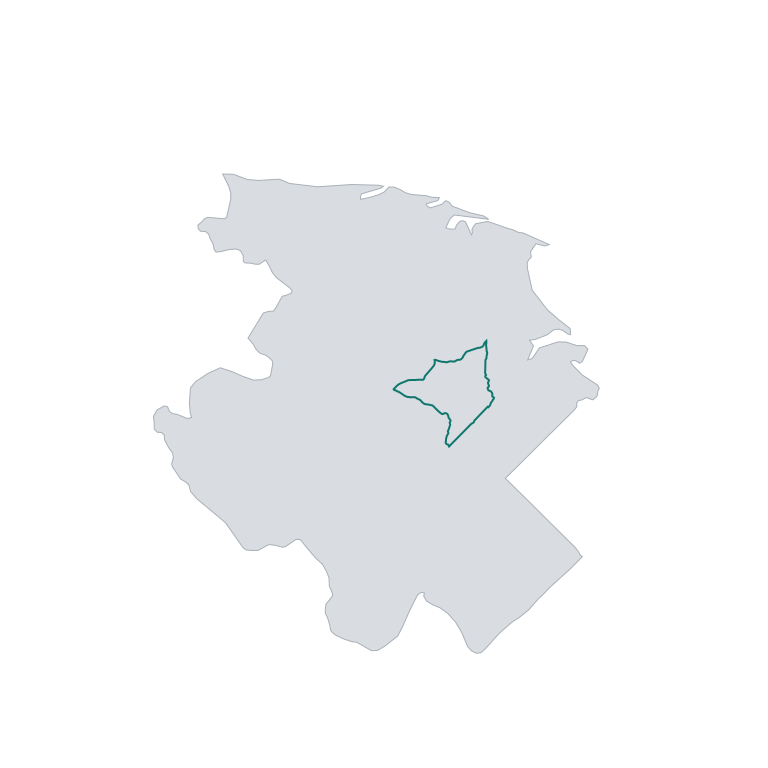 location of Abanga-Bignè, Moyen-Ogooué, Gabon, rotated 135°
{"feature_id": "22940354B65697742744176", "entity_name": "Abanga-Bignè", "entity_type": "district", "adm_level": 2, "iso_a3": "GAB", "parent_name": "Gabon", "parent_adm1": "Moyen-Ogooué", "projection": "robinson", "projection_center": [10.966, -0.21], "detail": "fine", "context": "in_parent", "style": "outline", "palette": "teal", "viewbox_px": 768, "rotation_deg": 135, "n_neighbors": 0, "source": "geoboundaries", "source_scale": "gbopen_adm2", "svg_char_len": 6396}
<svg xmlns="http://www.w3.org/2000/svg" viewBox="0 0 768 768"><g transform="rotate(135 384 384)"><path d="M510.8,133.4L510.5,139.3L504.6,153.7L501.8,164.9L501.1,176.7L502.7,186.3L505.6,193.1L507.4,200.5L506.0,205.7L503.1,207.9L505.1,210.5L509.4,211.1L516.7,208.8L528.0,204.9L542.7,199.2L552.4,196.1L568.4,198.0L577.0,200.2L581.4,204.2L586.1,221.2L588.5,223.8L592.3,231.1L595.6,239.8L596.3,244.2L595.9,247.4L592.7,252.1L589.0,259.0L587.7,263.2L584.7,266.3L580.8,269.3L570.1,270.6L568.5,272.4L565.5,279.8L559.8,286.0L557.3,291.9L555.0,299.8L555.4,309.5L554.3,323.5L553.2,333.0L556.0,336.3L568.8,338.7L571.3,340.5L574.6,346.4L579.0,351.9L590.7,355.4L595.2,359.7L598.9,364.3L599.4,368.1L596.7,383.3L594.2,397.9L595.1,409.1L596.1,419.7L597.5,435.2L596.8,444.6L593.5,450.4L593.5,454.9L595.0,460.4L592.1,475.4L590.2,478.0L585.0,480.8L582.2,484.8L581.3,491.2L578.5,499.9L575.6,503.1L575.6,507.1L578.4,510.1L578.3,514.6L573.1,520.0L570.0,524.1L563.0,526.1L555.0,524.0L553.1,521.0L555.1,516.3L554.4,512.6L551.7,508.7L547.4,498.5L543.6,496.4L541.5,500.5L535.0,508.2L523.6,518.1L515.6,518.9L500.7,515.9L488.3,511.2L482.5,499.6L478.8,490.1L473.6,479.0L467.6,473.7L461.2,470.3L458.4,470.1L449.3,476.3L446.6,478.7L446.6,483.9L447.5,488.7L448.9,491.1L450.1,494.2L449.9,499.0L448.2,505.4L447.7,512.6L419.2,519.5L414.3,517.0L410.7,513.8L406.4,514.4L394.0,518.0L389.5,515.5L385.0,513.6L382.9,515.2L382.7,518.2L384.8,535.0L384.2,541.4L381.4,549.7L379.9,555.4L387.5,556.9L390.2,559.6L392.9,563.8L396.5,567.7L396.8,570.1L392.6,574.5L391.2,579.9L393.2,584.1L398.3,588.5L405.8,593.0L409.5,596.0L409.1,598.8L405.6,604.6L404.3,609.5L401.9,614.0L402.4,618.1L405.8,621.9L405.4,625.4L403.1,628.0L398.5,627.4L394.5,627.8L391.0,626.7L379.9,613.5L377.4,613.1L361.3,623.3L357.3,627.5L354.0,633.5L349.6,646.5L342.3,638.9L335.9,625.0L328.6,616.5L313.1,602.7L309.0,592.6L291.3,570.2L265.8,547.9L247.4,528.5L244.6,524.2L247.7,524.7L265.5,534.4L267.9,533.3L270.0,531.1L262.3,526.1L255.0,522.1L248.1,519.6L241.2,519.8L237.4,515.7L234.9,509.5L233.6,504.1L230.5,498.5L220.8,487.0L218.4,482.6L213.1,476.5L216.3,475.7L226.8,481.5L227.7,479.2L226.8,475.8L216.3,470.3L210.6,469.9L209.3,466.1L210.0,461.6L202.5,444.8L194.7,432.3L193.5,426.4L214.6,453.6L217.4,454.1L221.1,453.9L229.8,450.8L228.1,447.2L224.2,443.3L220.4,445.0L215.4,445.4L212.8,443.8L211.7,441.0L216.6,427.7L214.5,428.4L212.9,430.8L210.2,431.9L206.0,432.6L195.6,425.5L186.4,406.3L184.0,402.4L181.6,395.7L179.1,393.0L168.6,365.8L172.6,367.8L177.4,375.7L186.7,374.0L190.4,369.4L193.6,369.6L196.8,368.6L200.9,364.3L212.9,345.5L216.0,320.8L215.0,306.1L213.2,291.5L217.2,286.9L218.8,289.9L219.5,295.1L221.4,298.9L225.6,302.4L233.6,303.3L245.8,308.7L250.1,312.1L251.3,305.3L265.4,299.4L261.2,297.3L248.6,299.6L231.5,290.9L225.8,285.3L220.5,274.8L215.0,269.3L215.3,264.3L227.7,259.7L230.9,260.3L232.2,265.7L235.6,267.9L236.8,267.2L237.4,262.5L237.4,250.1L233.7,232.2L234.8,228.7L238.2,227.5L241.2,225.1L243.3,224.7L247.5,225.1L249.6,229.3L250.7,231.5L254.9,232.6L258.4,234.8L261.3,234.2L263.8,231.6L267.4,231.1L278.7,231.1L288.8,231.2L309.1,231.3L329.3,231.3L349.6,231.4L364.9,231.5L364.8,221.2L364.7,205.5L364.6,186.8L364.6,169.0L364.5,152.4L364.4,132.9L365.2,127.3L366.2,124.9L365.8,121.7L381.5,121.5L409.9,122.9L422.3,122.7L425.8,123.0L441.3,122.0L453.9,123.3L459.2,124.6L464.0,125.3L479.1,126.2L498.7,125.1L505.3,125.4L509.0,128.1L510.8,133.4Z" fill="#d9dde1" stroke="#a8b0b8" stroke-width="1"/><path d="M281.2,342.1L282.3,342.1L284.2,341.9L285.3,341.4L286.2,341.0L287.2,340.8L287.9,340.8L288.7,341.1L289.4,341.3L290.4,341.8L291.4,342.5L292.2,343.2L295.8,345.0L299.0,346.6L301.4,347.7L302.3,348.3L303.2,348.4L304.1,348.4L305.0,348.2L306.9,347.9L308.2,347.7L309.1,347.2L310.0,347.1L311.7,347.0L312.6,347.2L313.2,347.5L314.8,348.9L315.8,349.4L317.2,349.7L318.2,350.0L318.5,350.3L319.3,351.1L320.3,352.3L321.0,353.1L321.5,353.5L322.0,353.8L323.0,354.3L324.2,354.9L324.8,355.5L325.4,356.6L326.7,358.0L327.9,359.7L328.9,361.3L329.6,362.6L330.0,363.7L330.7,364.9L331.2,365.3L331.8,364.6L332.4,363.8L333.2,363.0L334.2,362.3L336.1,361.7L339.9,361.3L347.3,360.8L348.8,360.7L349.9,360.5L350.7,360.0L351.5,359.6L352.4,359.3L353.6,359.5L354.5,360.5L355.7,361.7L357.3,363.3L359.1,364.7L360.1,365.8L361.7,367.4L363.5,368.9L364.1,369.6L366.3,370.4L368.9,371.5L372.0,372.8L374.1,373.4L375.9,373.6L378.7,373.6L380.9,373.5L381.0,373.3L380.9,372.1L380.5,371.7L380.2,371.3L380.1,370.6L379.9,369.5L379.2,368.3L378.8,366.7L378.4,364.9L378.1,363.1L377.8,361.3L377.2,359.6L376.4,358.0L375.3,356.9L375.0,356.1L374.4,355.5L373.4,354.8L372.5,353.8L371.5,352.8L371.1,351.7L370.9,350.5L370.4,348.9L369.9,347.8L369.7,346.7L369.8,345.7L369.9,344.7L369.8,343.3L369.6,341.8L369.2,340.6L368.4,339.8L367.8,338.8L366.5,337.3L365.9,336.0L365.2,335.1L364.9,334.6L364.8,333.4L364.8,331.4L364.8,327.9L364.7,324.8L364.4,322.8L364.2,321.8L363.8,321.2L363.3,321.0L362.2,320.7L361.5,320.3L360.9,319.7L360.6,318.8L360.4,318.0L360.7,317.1L361.0,316.2L361.5,315.6L361.9,314.8L362.2,314.2L362.3,313.3L362.5,312.2L362.6,311.4L363.1,310.8L363.7,310.6L364.3,310.5L364.9,310.2L365.2,309.8L365.6,308.9L366.0,308.4L366.7,308.0L367.9,307.5L369.0,306.8L370.0,306.3L372.1,305.5L372.6,305.0L372.8,304.3L373.4,303.6L375.2,303.2L376.8,302.6L378.2,301.8L379.6,300.7L380.3,300.0L381.7,299.2L382.0,298.6L382.2,298.1L382.2,297.5L382.1,296.8L381.8,296.3L381.6,296.0L381.5,295.5L381.6,295.0L382.0,294.5L382.2,293.8L379.3,293.9L361.8,294.0L350.5,294.1L349.6,293.9L349.0,293.6L347.9,293.5L347.1,293.6L346.5,294.1L345.6,294.2L338.0,294.4L326.8,294.6L326.7,293.8L325.6,293.8L323.8,294.0L323.1,294.4L322.4,294.8L321.2,295.2L319.2,295.4L318.5,295.8L316.9,296.0L316.0,296.4L315.9,297.1L316.1,297.7L316.2,298.5L315.7,299.3L315.0,299.8L314.5,300.1L314.0,301.1L313.7,302.1L313.7,303.1L313.8,303.7L314.1,304.5L314.6,305.6L314.3,306.6L313.9,307.5L313.4,308.0L312.7,308.2L311.9,308.1L311.4,308.2L310.9,308.8L310.5,309.7L310.2,310.5L309.4,311.5L308.6,311.8L307.6,312.1L307.0,312.6L307.0,313.5L307.2,314.4L307.4,316.2L307.4,317.1L307.1,317.8L306.5,318.1L305.5,318.2L305.3,318.6L305.1,319.5L304.7,320.3L303.9,321.1L302.6,322.2L300.9,323.9L299.8,324.9L298.5,326.1L296.1,328.5L295.1,329.3L294.1,329.5L293.3,329.8L292.6,330.5L291.2,331.6L290.3,332.0L289.5,332.7L288.9,333.1L288.5,333.9L288.1,334.7L287.4,335.6L286.7,336.3L285.7,337.6L284.9,338.6L284.3,339.4L283.4,340.0L282.8,340.5L282.1,341.1L281.2,342.1Z" fill="none" stroke="#0f766e" stroke-width="2"/></g></svg>